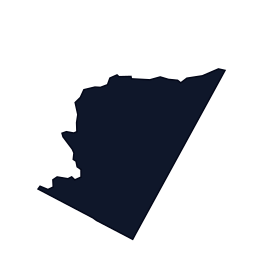 Custer, Colorado, United States of America (Robinson projection), rotated 118°
{"feature_id": "52423323B47338290573019", "entity_name": "Custer", "entity_type": "district", "adm_level": 2, "iso_a3": "USA", "parent_name": "United States of America", "parent_adm1": "Colorado", "projection": "robinson", "projection_center": [-105.354, 38.078], "detail": "fine", "context": "isolated", "style": "filled", "palette": "ink", "viewbox_px": 256, "rotation_deg": 118, "n_neighbors": 0, "source": "geoboundaries", "source_scale": "gbopen_adm2", "svg_char_len": 725}
<svg xmlns="http://www.w3.org/2000/svg" viewBox="0 0 256 256"><g transform="rotate(118 128 128)"><path d="M224.1,71.6L217.6,71.6L31.6,69.4L33.4,75.9L47.0,86.8L56.4,99.4L63.4,102.6L62.6,106.6L66.1,115.1L67.8,123.5L75.2,131.3L83.0,148.1L81.1,149.6L87.0,160.1L86.3,162.6L92.4,167.4L99.4,166.4L105.1,171.4L107.4,176.4L114.9,184.9L123.4,184.4L130.3,186.6L139.7,178.6L147.4,175.9L155.2,171.4L157.9,173.5L160.2,180.7L163.6,183.8L166.3,181.2L172.8,167.3L175.4,164.0L181.4,161.6L181.7,158.3L186.1,154.7L186.7,150.0L193.4,146.4L198.8,150.6L197.6,154.8L201.0,157.2L204.5,167.6L209.0,170.0L215.2,166.3L219.9,169.8L220.7,178.3L224.1,178.8L223.8,116.7L224.4,112.4L224.1,71.6Z" fill="#0f172a" stroke="#020617" stroke-width="1.5"/></g></svg>